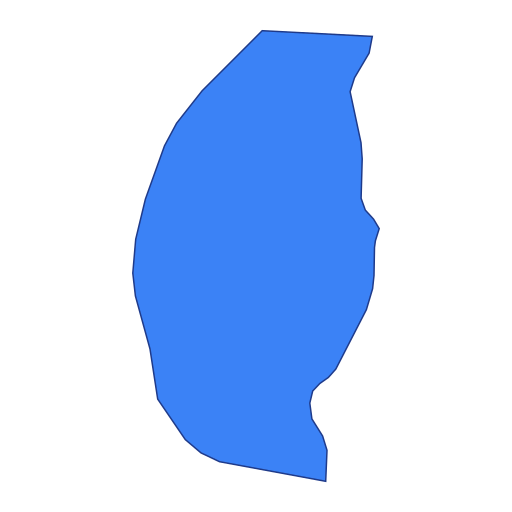 map outline of Govĭ-Sümber (Albers equal-area conic projection)
{"feature_id": "MNG-3330", "entity_name": "Govĭ-Sümber", "entity_type": "Municipality", "adm_level": 1, "iso_a3": "MNG", "parent_name": "Mongolia", "parent_adm1": "", "projection": "albers", "projection_center": [108.387, 47.737], "detail": "fine", "context": "isolated", "style": "filled", "palette": "blue", "viewbox_px": 512, "rotation_deg": 0, "n_neighbors": 0, "source": "natural_earth", "source_scale": "10m", "svg_char_len": 581}
<svg xmlns="http://www.w3.org/2000/svg" viewBox="0 0 512 512"><path d="M372.3,36.4L369.1,53.1L354.5,77.8L350.1,91.7L361.0,142.7L362.2,158.9L361.1,198.3L365.3,210.1L373.6,219.2L379.2,228.6L375.4,240.8L374.5,247.4L374.0,275.5L372.6,288.7L366.4,309.6L335.8,369.1L328.4,377.4L319.8,383.5L312.7,391.0L309.8,403.1L311.9,418.9L322.6,436.0L327.0,450.3L325.7,481.3L219.5,461.7L201.0,452.9L185.3,439.6L157.7,399.1L150.0,349.0L135.4,295.9L132.8,273.1L135.7,239.3L145.4,199.1L164.5,145.8L176.6,123.2L202.2,90.7L262.2,30.7L372.3,36.4Z" fill="#3b82f6" stroke="#1e3a8a" stroke-width="1.5"/></svg>